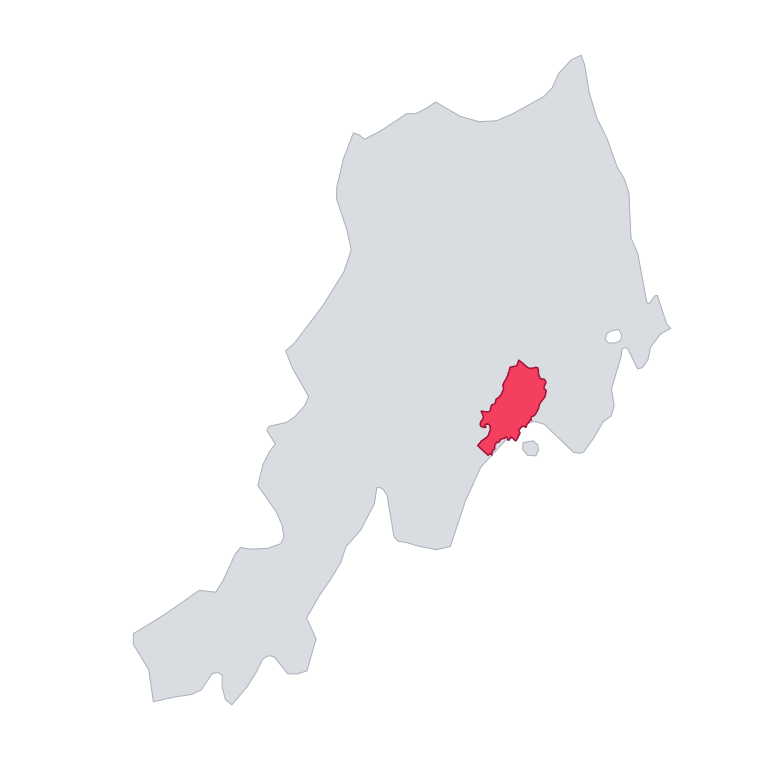 location of Karmir, Gegharkunik, Armenia, rotated 80°
{"feature_id": "60910142B90177126374214", "entity_name": "Karmir", "entity_type": "district", "adm_level": 2, "iso_a3": "ARM", "parent_name": "Armenia", "parent_adm1": "Gegharkunik", "projection": "albers", "projection_center": [45.299, 40.582], "detail": "fine", "context": "in_parent", "style": "filled", "palette": "rose", "viewbox_px": 768, "rotation_deg": 80, "n_neighbors": 0, "source": "geoboundaries", "source_scale": "gbopen_adm2", "svg_char_len": 7345}
<svg xmlns="http://www.w3.org/2000/svg" viewBox="0 0 768 768"><g transform="rotate(80 384 384)"><path d="M334.3,475.1L327.9,464.7L296.0,430.4L266.5,404.0L246.2,393.0L225.6,393.8L193.6,398.6L181.9,396.3L154.3,384.4L131.4,370.5L134.6,364.9L139.6,360.9L134.1,343.3L121.7,314.7L123.3,305.8L119.5,293.5L115.2,284.2L133.7,262.4L142.2,244.7L144.3,227.4L139.9,209.3L128.6,176.5L121.5,166.9L108.2,157.8L97.2,143.1L94.5,132.8L104.1,131.0L131.9,131.3L158.9,128.3L180.2,121.9L210.8,116.7L223.4,111.8L238.2,109.6L282.8,115.4L299.5,111.4L349.7,111.0L351.0,108.9L344.2,102.0L344.3,99.4L374.2,95.2L378.9,91.9L382.7,102.9L393.9,115.0L406.2,120.0L412.8,126.7L413.1,131.7L391.3,137.9L389.8,140.9L391.3,144.0L397.7,145.5L428.2,160.8L445.6,161.1L454.8,165.7L459.4,174.8L474.0,187.2L485.6,199.2L486.3,203.3L484.1,209.4L451.6,233.0L447.5,241.1L447.0,249.7L461.4,275.2L482.6,303.0L513.3,324.1L555.6,346.9L556.3,361.1L549.7,378.1L544.0,389.6L541.4,397.4L536.3,400.7L494.1,400.3L487.8,403.0L485.1,406.4L484.9,409.1L500.1,414.2L523.8,432.3L537.6,449.7L551.9,457.3L567.9,471.2L580.9,484.2L601.0,500.9L623.2,495.1L653.1,509.7L654.5,520.0L652.7,529.1L634.1,539.3L631.8,543.4L631.9,546.9L634.4,551.7L645.5,559.7L658.6,571.6L673.5,589.5L667.1,595.0L653.5,596.0L642.8,593.9L639.1,597.6L639.4,603.5L653.4,617.0L656.3,627.0L655.9,644.4L656.9,666.3L624.4,665.3L596.8,676.1L586.3,674.1L579.1,655.5L573.1,640.5L555.1,601.8L559.8,585.9L549.9,576.8L526.2,560.5L520.1,553.7L523.4,544.3L525.6,527.2L523.3,513.3L517.0,509.1L505.2,508.9L490.9,512.4L462.3,525.9L442.4,517.3L430.9,508.7L424.2,501.5L409.3,507.5L405.7,504.6L404.9,486.7L400.5,477.1L391.6,465.9L383.2,460.4L352.7,471.4L334.3,475.1ZM382.7,155.6L383.7,149.2L382.3,143.4L377.4,141.5L371.4,143.0L370.9,149.4L372.8,155.6L378.8,158.4L382.7,155.6ZM479.3,254.9L472.4,258.9L465.9,257.2L465.8,247.2L470.5,243.2L476.0,243.4L481.1,246.9L479.3,254.9Z" fill="#d9dde1" stroke="#a8b0b8" stroke-width="1"/><path d="M389.3,256.4L389.4,256.5L389.5,256.7L389.6,257.0L389.8,257.3L390.1,257.5L390.3,257.6L390.6,257.6L390.9,257.6L391.0,257.6L391.3,257.8L391.7,258.1L391.8,258.1L392.1,258.2L392.3,258.2L392.7,258.2L393.1,258.3L393.3,258.4L393.6,258.6L394.1,259.2L394.2,259.3L394.4,259.6L394.8,259.8L395.0,259.9L395.4,259.9L395.7,259.8L395.9,259.9L396.1,259.9L396.6,260.2L396.7,260.4L397.0,260.5L397.5,261.0L398.4,261.7L399.3,262.3L399.6,262.3L399.9,262.6L400.1,262.7L400.3,262.9L400.5,263.0L400.7,263.3L401.0,263.5L401.3,263.8L401.5,264.1L401.9,264.5L402.1,264.6L402.6,265.0L402.9,265.3L403.2,265.5L403.5,265.7L403.7,265.8L403.8,265.8L404.0,266.0L404.5,266.3L404.8,266.5L405.4,267.0L405.6,267.2L406.1,267.2L406.3,267.2L406.5,267.2L406.8,267.0L407.1,266.9L407.7,267.0L408.6,267.1L409.0,267.1L409.4,267.1L409.6,267.2L409.8,267.2L410.2,267.3L410.3,267.4L410.7,267.6L410.9,267.7L411.0,267.9L411.5,268.3L411.9,268.6L412.3,268.9L412.7,269.2L412.9,269.3L413.2,269.5L413.3,269.5L413.7,269.9L413.8,270.0L414.5,270.2L414.7,270.3L414.9,270.5L415.4,271.1L415.6,271.3L415.6,271.5L415.9,271.9L416.3,272.5L416.5,272.7L416.8,273.1L417.1,273.3L417.3,273.5L417.4,273.8L417.5,274.1L417.6,274.4L417.7,274.9L417.8,275.2L418.0,275.5L418.2,275.9L418.4,276.2L418.6,276.3L418.9,276.5L419.2,276.6L420.6,277.2L421.1,277.4L422.1,277.8L422.5,278.1L422.7,278.4L422.9,279.0L423.0,279.8L423.0,280.2L423.1,280.6L423.2,281.0L423.3,281.3L423.4,281.5L423.5,281.6L423.7,281.9L424.0,282.1L424.4,282.3L424.9,282.6L425.3,282.7L425.7,282.8L426.2,283.0L426.8,283.3L427.3,283.5L427.5,283.6L428.0,283.8L428.3,283.9L428.6,284.0L429.0,284.3L429.0,284.5L429.3,285.1L429.4,285.4L429.4,285.8L429.4,286.2L429.4,286.6L429.4,286.8L429.2,287.7L429.0,288.6L428.7,289.7L428.6,290.0L428.5,290.3L428.3,290.8L428.0,291.5L427.8,292.0L427.7,292.2L427.6,292.4L427.6,292.5L427.8,292.9L427.8,293.0L428.1,293.1L428.9,292.8L429.1,292.7L429.9,292.5L430.5,292.4L431.6,292.1L432.4,292.0L432.8,291.9L433.3,291.9L433.6,291.9L434.1,292.0L434.4,292.1L434.6,292.2L435.5,292.8L435.8,293.1L436.1,293.3L436.3,293.5L436.7,293.9L436.9,294.2L437.5,294.8L437.9,295.2L438.3,295.4L438.6,295.6L439.4,295.8L439.7,295.9L439.8,296.1L440.0,296.2L440.3,296.3L440.9,296.2L441.8,296.2L442.0,296.2L442.3,296.0L442.7,295.5L442.9,295.4L443.0,295.2L443.2,294.9L443.4,294.4L443.6,294.2L443.9,293.8L444.0,293.6L444.2,293.3L444.3,293.0L444.3,292.8L444.3,292.3L444.3,291.7L444.3,291.4L444.2,291.2L443.9,291.2L443.7,291.2L443.6,291.3L443.6,291.5L443.5,291.9L443.6,292.0L443.6,292.3L443.3,292.3L443.2,292.2L442.9,292.0L442.8,291.9L442.4,291.9L442.2,291.8L441.9,291.5L441.8,291.4L441.7,291.3L441.7,291.2L441.8,291.0L441.8,290.9L441.7,290.8L441.6,290.7L441.4,290.5L441.1,290.1L441.0,289.9L441.0,289.7L441.3,289.5L441.5,289.5L441.6,289.4L441.6,289.1L441.3,288.6L441.4,288.4L441.8,288.1L442.1,287.7L442.6,287.4L442.8,287.3L443.1,287.2L443.7,287.0L444.2,286.9L444.5,287.0L446.2,287.0L447.0,287.1L447.4,287.2L447.6,287.3L447.8,287.4L448.7,287.9L449.2,288.3L450.2,288.9L451.1,289.3L452.2,289.8L452.6,290.2L453.1,290.7L453.9,291.5L454.4,292.1L454.5,292.4L454.6,292.7L454.7,293.3L454.8,293.7L454.9,293.8L455.1,294.1L455.3,294.4L455.5,294.6L455.7,294.9L456.0,295.3L456.1,295.5L456.2,295.8L456.2,296.0L456.3,296.6L456.5,296.9L456.7,297.4L456.9,297.8L457.3,298.4L457.5,298.6L458.0,299.0L458.3,299.3L458.7,299.8L458.9,300.0L459.2,300.6L459.5,300.9L459.9,301.3L460.3,301.7L460.9,302.3L463.7,300.5L472.2,293.9L471.9,293.4L471.8,292.9L471.7,292.5L471.5,292.2L471.3,291.9L471.1,291.7L471.1,291.3L471.6,290.9L472.0,290.4L472.4,290.1L471.1,289.9L470.6,289.8L470.3,289.7L470.1,289.5L469.5,289.0L468.9,288.9L468.5,288.7L468.4,288.5L468.2,288.2L467.9,288.1L467.8,287.2L467.6,286.8L467.3,286.4L466.6,286.1L465.2,285.9L464.7,286.0L464.0,285.8L463.6,285.5L462.6,284.5L461.9,284.1L461.3,283.6L460.9,283.2L461.0,282.8L461.3,282.5L461.2,282.3L461.0,282.1L461.0,281.6L461.2,281.0L460.8,280.5L460.5,280.2L459.8,279.7L459.2,279.0L458.7,278.6L458.6,278.2L458.5,277.1L458.4,276.1L458.5,275.4L458.4,274.6L458.1,274.2L457.5,273.7L457.3,273.3L457.8,272.7L458.1,272.2L458.3,271.9L458.7,271.8L459.3,271.8L460.0,271.9L460.4,271.8L460.8,271.5L461.0,270.9L460.8,270.4L460.6,270.2L459.7,269.6L459.5,269.3L459.3,269.0L458.5,268.6L458.3,268.0L458.7,267.5L459.3,267.4L459.6,267.1L459.8,266.5L460.0,266.2L460.4,265.9L460.9,265.8L461.3,265.7L461.7,265.4L462.2,265.0L462.5,264.5L462.8,264.0L462.6,263.6L462.3,263.4L461.5,262.8L461.0,262.4L460.4,261.9L459.8,261.3L459.4,260.9L458.8,260.8L458.4,260.7L458.1,260.2L457.9,259.8L457.4,259.8L457.0,259.5L456.6,259.0L456.1,258.6L455.9,258.6L455.5,258.6L455.3,258.8L454.9,258.8L454.6,258.8L454.2,258.9L453.9,259.1L453.3,259.3L452.7,259.3L452.3,258.9L452.1,258.3L451.9,257.9L450.9,257.2L450.4,256.8L450.3,256.2L450.2,255.8L449.7,255.4L449.6,254.8L449.8,254.2L450.2,253.4L450.6,252.8L451.0,252.4L451.2,252.1L451.2,251.6L450.9,251.4L449.8,250.9L448.8,250.3L448.0,249.8L447.6,249.2L447.5,248.4L447.2,248.2L446.8,248.0L446.3,247.7L445.7,246.9L445.2,246.5L445.0,246.1L445.0,245.5L445.1,245.1L443.2,245.2L442.2,244.8L441.5,243.2L441.4,241.8L440.1,240.1L434.9,236.0L431.4,234.6L429.3,232.9L424.8,227.9L422.4,226.7L420.7,226.4L419.8,225.6L418.8,225.5L417.8,225.7L416.9,226.8L415.7,227.1L413.9,226.5L411.1,224.4L409.3,224.3L407.1,225.4L406.4,227.9L405.3,229.4L400.8,230.1L397.7,229.6L394.8,229.7L394.4,230.3L393.9,232.4L394.2,233.5L393.9,237.9L392.7,239.7L386.6,244.6L384.0,247.2L389.2,250.1L389.3,256.4Z" fill="#f43f5e" stroke="#9f1239" stroke-width="1.5"/></g></svg>